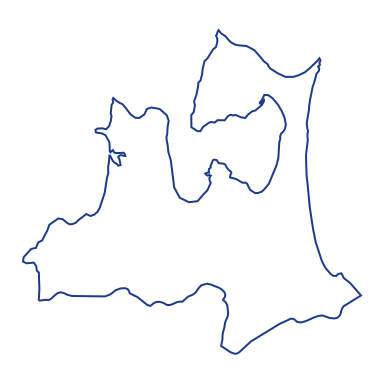 Aomori, Equal Earth projection
{"feature_id": "JPN-1863", "entity_name": "Aomori", "entity_type": "Prefecture", "adm_level": 1, "iso_a3": "JPN", "parent_name": "Japan", "parent_adm1": "", "projection": "equal_earth", "projection_center": [140.822, 40.879], "detail": "fine", "context": "isolated", "style": "outline", "palette": "blue", "viewbox_px": 384, "rotation_deg": 0, "n_neighbors": 0, "source": "natural_earth", "source_scale": "10m", "svg_char_len": 4461}
<svg xmlns="http://www.w3.org/2000/svg" viewBox="0 0 384 384"><path d="M39.0,300.8L38.8,299.5L39.4,288.9L39.0,278.3L38.9,272.7L36.7,270.3L36.3,266.3L33.8,262.6L26.7,263.3L23.0,261.6L23.7,257.1L27.4,253.1L31.2,248.9L35.9,247.9L38.3,242.3L42.2,240.4L44.1,236.5L47.3,230.6L49.4,224.7L58.2,218.5L62.5,219.1L67.3,223.0L69.6,224.3L72.3,224.1L75.6,222.9L78.4,220.1L86.4,214.0L90.3,216.0L94.2,214.7L97.5,211.8L99.8,207.7L104.7,192.8L107.0,177.7L108.3,173.3L108.1,167.4L108.9,162.3L109.4,155.6L110.0,155.6L112.9,161.0L114.6,162.7L116.9,164.0L118.2,165.6L120.6,165.1L119.4,159.2L118.2,157.0L119.6,155.5L121.2,155.1L123.2,155.7L125.3,156.0L124.7,154.0L123.7,152.7L120.0,153.0L118.0,153.0L114.7,152.8L113.6,151.6L112.9,150.1L111.6,151.2L110.4,152.3L109.8,151.3L109.6,145.2L109.4,142.2L105.5,135.3L102.1,133.4L98.9,133.0L95.9,132.4L95.4,129.9L97.4,128.6L102.0,128.3L106.2,129.2L109.2,126.0L110.9,120.6L111.5,116.0L110.7,113.5L111.0,111.0L111.6,104.9L113.1,102.6L112.6,99.6L113.3,98.0L116.4,100.8L120.1,103.2L122.4,104.1L125.7,107.9L130.5,114.3L135.4,117.8L139.4,117.9L144.4,114.4L146.9,109.0L151.3,107.5L159.7,109.0L166.8,115.3L168.7,120.8L167.6,127.2L167.2,134.3L166.5,136.7L166.6,139.7L167.6,144.8L168.4,152.2L170.8,160.2L174.2,187.5L179.8,197.8L188.9,202.2L197.6,201.2L203.4,194.5L207.3,190.4L210.8,182.8L209.8,181.1L209.3,178.3L210.1,176.5L210.8,175.6L209.3,175.0L207.6,175.6L206.4,174.9L205.2,173.6L206.8,172.8L209.1,172.6L208.7,170.7L209.0,169.0L210.8,167.6L210.4,166.1L211.0,164.9L212.9,160.3L214.1,159.6L216.7,160.1L218.8,163.2L223.3,163.6L225.2,164.5L226.8,167.6L228.4,169.6L231.2,172.0L231.3,173.4L230.9,173.9L230.8,174.0L230.3,175.3L230.0,177.3L230.9,177.8L233.0,178.1L236.7,179.3L241.1,182.0L243.4,182.9L245.4,182.5L247.2,183.8L248.3,186.4L250.1,189.8L251.8,190.9L255.2,193.1L258.0,193.0L261.9,191.6L264.9,188.6L268.9,183.7L276.5,165.3L278.3,158.4L279.3,142.2L280.4,138.5L280.1,136.4L281.2,133.5L283.2,131.7L284.8,129.2L285.9,124.7L284.5,117.4L281.8,111.2L278.0,104.7L272.5,98.2L268.4,95.2L264.3,94.9L262.7,98.4L261.5,100.5L259.8,102.6L260.0,103.5L261.1,103.8L262.2,102.1L263.4,100.6L263.9,100.2L263.9,101.0L263.5,102.2L261.7,105.1L255.5,110.4L252.1,111.4L247.9,114.7L245.3,118.0L240.9,117.3L235.6,114.9L233.1,115.5L230.5,114.7L227.8,116.3L224.7,120.3L217.6,120.2L214.5,122.6L211.6,122.0L209.3,122.5L203.0,126.9L200.4,131.2L197.4,131.1L191.4,127.2L191.3,117.6L191.4,114.8L193.7,112.2L194.9,105.4L194.1,101.3L196.4,94.9L197.6,89.0L198.3,84.6L198.3,82.6L200.5,80.6L202.1,74.1L202.7,68.6L204.5,61.2L207.5,58.3L213.1,49.3L215.8,47.2L216.3,46.0L217.4,41.3L217.2,38.3L216.0,35.6L216.8,34.7L217.4,32.2L218.6,30.2L221.1,33.4L225.5,36.2L228.0,39.3L230.5,42.0L233.2,43.6L235.1,44.6L238.5,45.3L246.6,46.0L254.4,50.2L260.9,57.6L264.0,61.4L267.7,64.2L268.5,66.2L270.5,68.7L278.0,73.4L285.4,76.9L293.1,76.9L298.8,75.2L305.0,72.2L310.1,67.9L314.0,64.1L317.1,61.1L319.4,58.3L320.0,59.3L320.5,60.9L319.4,62.4L319.9,64.7L319.6,65.5L318.1,66.5L318.5,67.5L319.3,68.5L318.8,71.0L316.6,73.7L315.6,77.4L314.2,82.5L312.7,86.6L310.0,100.2L309.1,106.5L309.1,108.9L306.7,123.3L307.4,128.8L308.1,131.2L307.4,134.1L307.5,137.3L307.8,140.0L306.0,154.9L306.3,167.8L306.8,178.2L307.3,181.2L309.7,206.6L313.0,228.7L315.7,242.2L321.8,260.8L324.1,265.5L325.8,268.4L331.0,274.3L333.4,275.9L336.3,275.9L338.3,274.0L341.3,273.3L342.6,275.6L343.9,278.2L350.3,283.2L361.0,295.5L359.8,296.2L343.7,306.2L342.0,308.7L341.2,311.3L340.6,313.6L339.6,315.8L337.3,317.8L334.3,318.5L329.5,317.9L322.6,315.5L319.0,315.8L314.6,317.2L305.8,321.1L301.0,322.5L297.0,321.8L295.2,320.1L293.2,318.8L290.9,318.7L279.6,323.9L251.1,341.3L239.5,352.0L237.3,353.4L235.1,353.8L232.7,353.1L230.0,351.9L221.1,345.9L222.5,339.2L222.5,335.7L222.9,332.8L224.3,327.6L225.1,322.8L225.8,320.6L226.9,318.3L227.9,315.5L228.1,312.6L227.3,305.3L226.1,303.0L224.9,301.5L223.0,299.9L223.5,299.2L224.0,298.2L224.8,297.1L225.2,295.8L225.2,294.5L224.9,293.4L224.4,292.3L223.7,291.3L221.8,289.5L219.0,287.8L210.4,284.4L206.9,283.7L201.2,285.4L198.7,288.0L195.5,292.7L192.9,294.6L188.2,296.6L182.3,301.7L179.5,301.7L177.1,302.1L172.0,304.4L169.5,305.0L166.8,304.9L163.9,303.2L161.9,302.4L159.2,301.8L155.9,302.1L153.1,303.6L151.6,305.1L150.3,305.9L147.2,304.9L137.3,297.0L129.8,293.3L129.0,291.1L127.8,289.2L125.2,288.2L120.7,288.4L115.8,290.1L110.5,294.3L105.1,296.4L72.0,296.0L67.1,294.7L64.2,293.2L60.8,292.3L57.9,292.9L54.0,296.0L51.7,298.3L48.7,300.1L46.0,299.8L39.0,300.7L39.0,300.8Z" fill="none" stroke="#1e3a8a" stroke-width="2"/></svg>